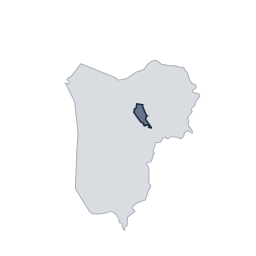 Samarra, Sala ad-Din, Iraq shown in context, rotated 53°
{"feature_id": "34846034B32095770002268", "entity_name": "Samarra", "entity_type": "district", "adm_level": 2, "iso_a3": "IRQ", "parent_name": "Iraq", "parent_adm1": "Sala ad-Din", "projection": "mercator", "projection_center": [43.854, 34.328], "detail": "fine", "context": "in_parent", "style": "filled", "palette": "slate", "viewbox_px": 256, "rotation_deg": 53, "n_neighbors": 0, "source": "geoboundaries", "source_scale": "gbopen_adm2", "svg_char_len": 4559}
<svg xmlns="http://www.w3.org/2000/svg" viewBox="0 0 256 256"><g transform="rotate(53 128 128)"><path d="M106.8,52.3L108.4,51.9L111.3,49.5L113.0,47.2L113.6,47.0L115.1,47.7L116.2,47.9L118.8,47.1L120.3,47.5L121.5,48.1L122.2,48.1L125.7,49.6L126.5,49.7L128.3,49.9L130.9,50.0L132.6,49.1L133.8,48.2L134.6,48.2L135.4,48.4L136.1,48.8L136.7,49.5L136.9,50.4L136.8,53.5L137.1,54.3L137.5,54.9L138.1,55.0L138.8,54.3L140.1,53.4L141.6,52.3L142.8,51.3L143.4,51.0L144.4,51.0L145.5,51.2L146.0,51.7L146.0,51.8L146.5,53.3L147.9,58.7L148.7,59.3L149.5,59.9L150.1,60.7L150.4,61.5L150.3,62.8L150.3,64.2L150.7,65.3L151.2,66.2L151.7,66.6L152.4,66.6L153.2,66.8L153.8,67.6L155.6,73.7L155.7,74.5L156.5,74.8L157.7,74.7L159.0,75.3L160.3,76.3L161.6,78.1L162.5,78.4L165.2,78.1L168.9,78.4L170.6,79.4L170.4,80.0L169.1,80.6L166.7,81.4L166.0,82.7L165.7,84.4L165.7,85.3L166.3,86.4L168.0,88.4L168.0,89.2L168.3,90.2L168.6,90.9L168.3,92.3L166.8,93.3L164.8,94.3L160.9,98.9L160.6,99.8L160.6,102.5L160.2,103.3L159.0,103.3L158.0,103.2L157.9,104.1L157.3,105.4L157.0,106.4L158.4,109.0L158.7,110.4L158.4,111.6L157.1,113.8L156.3,115.2L156.5,115.5L157.5,116.1L160.8,120.8L161.9,122.4L163.2,122.0L163.8,122.0L164.2,122.3L164.4,122.8L164.4,123.5L164.1,124.6L165.8,125.0L166.5,126.1L168.5,129.7L168.4,130.8L167.4,132.5L167.4,133.6L167.6,134.6L168.0,135.0L171.0,135.1L172.3,135.5L175.4,137.4L179.0,140.2L181.9,142.5L184.4,144.5L187.1,144.4L187.8,144.7L188.5,145.3L189.2,146.9L190.8,150.6L192.1,151.8L194.1,154.7L195.9,157.4L194.7,161.1L193.5,165.0L193.5,169.9L193.5,172.5L196.1,172.7L198.9,172.8L198.9,175.9L198.9,179.1L199.0,182.7L199.8,182.9L201.1,183.6L201.7,184.8L202.4,185.5L203.3,185.6L204.1,186.1L205.0,187.2L205.3,188.0L205.0,188.5L205.2,189.4L205.8,190.8L206.5,191.4L207.6,192.2L206.1,192.7L204.5,192.3L201.0,190.7L199.9,190.7L198.4,191.3L198.4,191.8L194.7,190.1L193.4,189.7L192.9,189.7L190.8,189.7L187.8,190.0L186.1,190.7L184.8,191.5L184.3,192.2L184.1,192.6L183.1,194.8L182.0,197.7L180.9,200.2L178.7,203.7L177.4,205.4L174.8,208.4L171.9,209.0L165.3,208.4L158.0,207.8L150.7,207.1L145.2,206.6L144.8,206.5L139.4,202.1L135.2,198.7L129.9,194.3L124.4,189.9L118.9,185.4L114.9,182.2L110.1,178.0L105.7,174.1L102.2,171.1L97.7,168.4L94.2,166.3L89.1,163.3L85.0,160.8L81.5,158.8L76.2,155.5L74.4,154.7L68.8,153.6L63.5,152.7L58.1,151.7L54.4,151.1L56.8,148.8L56.1,146.7L54.4,147.1L52.7,147.6L51.8,144.4L53.0,144.0L51.9,139.8L50.7,135.4L49.5,131.2L48.4,126.9L53.0,124.1L56.4,122.1L61.3,119.2L65.9,116.4L70.4,113.7L75.2,110.7L79.6,108.1L83.6,107.0L84.4,106.2L86.3,102.5L87.8,99.4L87.9,98.7L87.9,94.3L88.2,89.1L88.7,86.3L89.6,83.9L90.4,82.1L90.5,80.4L90.4,78.7L89.5,76.1L88.7,73.4L88.8,70.7L88.9,69.3L89.5,67.1L90.4,65.5L91.4,64.4L95.3,63.4L97.5,62.8L100.5,59.8L102.3,58.1L104.8,55.4L106.7,53.3L106.8,52.6L106.8,52.3Z" fill="#d9dde1" stroke="#a8b0b8" stroke-width="1"/><path d="M130.0,105.5L129.9,105.6L129.4,105.9L129.2,105.8L129.0,105.7L128.9,105.7L128.6,105.5L128.4,105.5L127.8,105.4L127.5,105.3L127.1,105.2L126.6,105.1L125.9,105.0L125.2,104.8L124.7,104.7L123.7,104.5L122.8,104.2L121.9,103.9L120.2,103.5L120.0,103.4L119.6,103.3L118.5,103.0L118.5,102.7L118.5,102.2L118.3,102.3L118.1,102.5L117.7,102.9L117.1,103.4L116.6,103.9L116.3,104.2L115.5,105.0L114.8,105.7L114.4,106.0L114.0,106.5L114.9,107.4L115.4,107.9L116.0,108.5L116.8,108.7L116.8,109.7L116.8,109.9L116.8,110.3L116.8,110.7L116.8,111.0L116.7,111.4L117.4,111.4L117.6,111.9L117.7,112.2L117.8,112.4L117.8,112.6L118.2,113.0L118.9,113.9L119.7,113.9L120.5,113.9L124.3,114.1L124.9,114.1L126.2,114.1L130.9,114.1L131.2,114.1L131.3,114.0L131.4,113.9L131.6,113.8L131.9,113.7L132.0,113.6L132.4,113.4L132.5,113.3L132.8,113.1L133.1,113.0L133.3,113.1L133.5,113.2L133.8,113.1L134.0,113.3L134.3,113.5L134.6,113.5L134.7,113.4L134.7,113.2L134.8,113.2L134.9,113.3L135.0,113.3L135.4,113.4L135.6,113.4L135.8,113.3L136.0,113.4L136.0,113.5L136.2,113.4L136.3,113.3L136.5,113.3L136.6,113.2L136.4,112.8L136.2,112.6L136.4,112.2L136.8,111.8L137.1,111.2L137.2,110.9L137.3,110.6L137.5,110.5L137.8,110.2L138.0,110.1L138.3,110.1L138.6,110.0L138.9,110.0L139.2,110.0L139.7,110.0L139.8,110.2L140.0,110.3L140.0,110.5L140.0,111.0L140.2,110.9L140.4,110.7L140.6,110.4L140.9,110.1L141.1,109.9L141.4,109.9L141.6,109.9L141.7,109.6L141.8,109.5L141.9,109.4L141.9,109.2L141.7,109.0L141.1,109.0L140.3,109.0L139.4,109.0L138.6,109.0L136.7,108.9L135.6,108.9L134.8,108.8L134.4,108.8L134.1,108.8L133.4,108.8L133.0,108.8L131.7,108.8L131.5,108.5L131.4,108.4L131.3,108.2L131.0,107.8L130.6,107.4L130.4,107.1L130.3,106.9L130.0,106.5L130.0,106.3L130.0,105.5Z" fill="#64748b" stroke="#1e293b" stroke-width="1.5"/></g></svg>